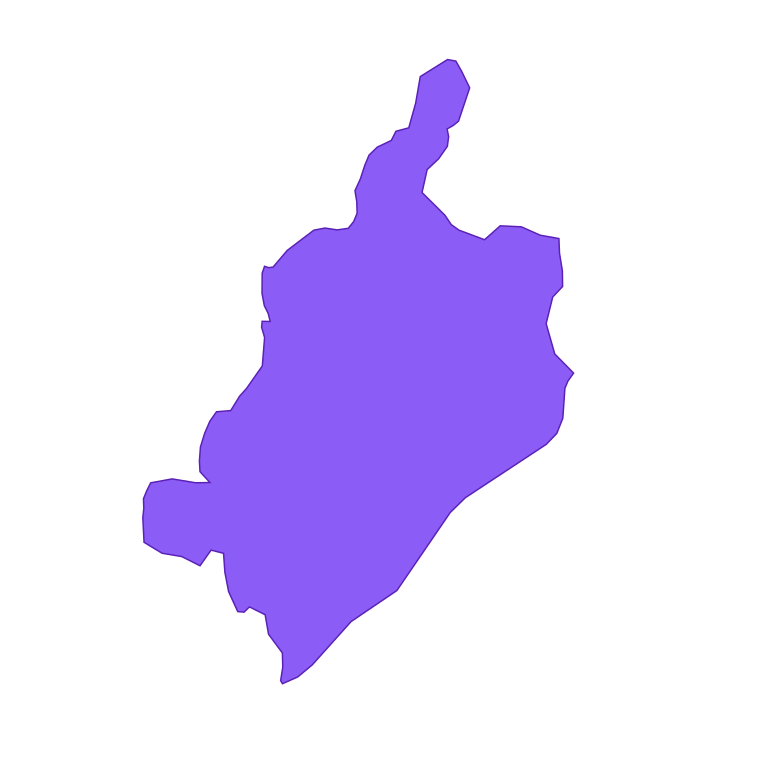 the border of Pleven, rotated 128°
{"feature_id": "BGR-2248", "entity_name": "Pleven", "entity_type": "Province", "adm_level": 1, "iso_a3": "BGR", "parent_name": "Bulgaria", "parent_adm1": "", "projection": "robinson", "projection_center": [24.614, 43.502], "detail": "fine", "context": "isolated", "style": "filled", "palette": "violet", "viewbox_px": 768, "rotation_deg": 128, "n_neighbors": 0, "source": "natural_earth", "source_scale": "10m", "svg_char_len": 1415}
<svg xmlns="http://www.w3.org/2000/svg" viewBox="0 0 768 768"><g transform="rotate(128 384 384)"><path d="M316.6,217.4L331.7,219.0L403.9,243.3L423.5,249.9L444.5,252.7L538.8,246.7L591.5,263.7L649.5,267.6L667.9,271.6L682.7,279.5L681.4,282.8L669.4,289.5L658.5,298.5L652.3,320.9L639.0,335.6L642.5,352.8L649.9,353.8L653.4,359.1L643.3,378.6L630.4,393.4L616.2,406.2L621.4,418.0L640.5,417.1L644.5,437.1L654.0,454.7L656.5,475.6L637.9,491.7L629.9,496.7L622.5,502.9L614.0,505.3L605.5,507.0L589.2,492.5L577.8,471.6L568.8,460.5L566.4,475.0L558.4,482.0L546.6,489.9L533.2,495.0L520.6,498.3L509.0,498.9L499.3,488.4L482.4,490.3L472.1,489.6L444.7,491.0L420.9,506.7L414.6,515.4L409.6,518.6L404.8,512.2L399.7,518.7L396.0,526.5L387.6,536.0L371.7,548.2L364.8,550.6L363.3,546.5L360.2,543.4L338.3,542.5L306.0,534.0L297.4,526.5L291.4,515.8L283.3,508.0L274.6,507.9L266.0,510.3L257.1,517.7L249.5,525.9L236.9,528.9L223.7,533.7L212.8,536.7L201.4,535.1L187.6,528.2L177.5,530.2L166.9,522.2L143.3,531.9L119.4,544.7L89.2,533.7L85.3,526.2L89.9,515.1L97.9,498.8L131.0,487.1L137.6,488.6L144.2,491.3L149.2,485.4L157.7,480.4L172.9,479.6L188.5,482.0L209.7,471.9L213.5,439.9L217.0,429.1L216.6,419.6L208.4,393.6L187.8,389.8L175.6,372.6L170.6,352.6L161.7,335.7L172.9,326.2L185.1,313.0L197.2,303.3L211.6,304.6L236.6,293.4L255.2,267.9L258.7,241.3L268.3,240.9L276.0,238.8L300.9,222.0L316.6,217.4Z" fill="#8b5cf6" stroke="#5b21b6" stroke-width="1.5"/></g></svg>